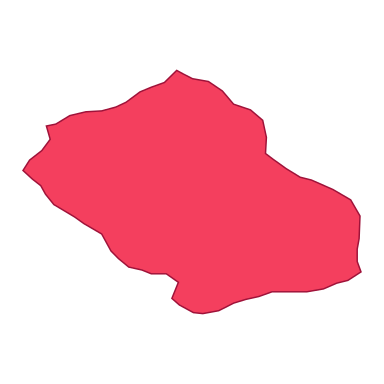 outline of Agios Symeon, Cyprus
{"feature_id": "46923920B72100366560122", "entity_name": "Agios Symeon", "entity_type": "district", "adm_level": 2, "iso_a3": "CYP", "parent_name": "Cyprus", "parent_adm1": "", "projection": "natural_earth1", "projection_center": [34.234, 35.488], "detail": "fine", "context": "isolated", "style": "filled", "palette": "rose", "viewbox_px": 384, "rotation_deg": 0, "n_neighbors": 0, "source": "geoboundaries", "source_scale": "gbopen_adm2", "svg_char_len": 889}
<svg xmlns="http://www.w3.org/2000/svg" viewBox="0 0 384 384"><path d="M332.9,189.5L311.3,180.0L300.1,177.2L286.1,168.6L273.0,159.2L265.5,153.5L266.4,137.4L262.7,120.3L250.5,109.9L233.6,104.2L222.4,91.0L208.4,81.5L192.5,78.7L183.1,73.9L176.7,70.4L164.4,82.5L151.3,87.2L140.0,91.9L126.0,102.3L115.7,107.1L101.7,110.9L85.8,111.8L69.8,115.6L55.8,124.1L46.4,126.0L50.2,139.3L41.8,150.6L29.6,160.1L23.0,170.5L32.4,179.1L40.8,185.7L45.5,194.2L53.9,204.6L60.8,208.7L74.5,216.9L83.9,223.6L101.7,234.0L111.0,251.0L118.5,258.6L128.8,267.1L141.9,270.0L151.3,273.8L166.3,273.8L178.4,282.3L171.9,298.4L179.4,305.0L193.4,312.6L202.8,313.6L218.7,310.7L233.7,303.1L245.8,299.4L258.9,296.5L272.0,291.8L291.7,291.8L306.7,291.8L323.5,288.9L336.6,283.2L347.9,280.4L361.0,271.9L357.2,261.5L357.2,249.1L359.1,238.7L360.0,216.0L350.7,199.9L332.9,189.5Z" fill="#f43f5e" stroke="#9f1239" stroke-width="1.5"/></svg>